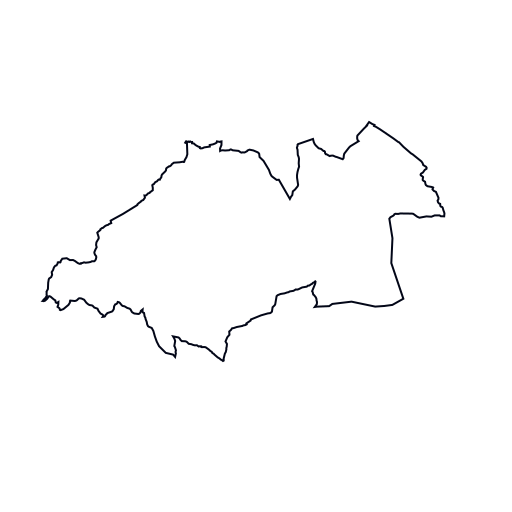 Juan N. Méndez, Puebla, Mexico (Mercator projection), rotated 136°
{"feature_id": "50627088B59509159162106", "entity_name": "Juan N. Méndez", "entity_type": "district", "adm_level": 2, "iso_a3": "MEX", "parent_name": "Mexico", "parent_adm1": "Puebla", "projection": "mercator", "projection_center": [-97.745, 18.541], "detail": "fine", "context": "isolated", "style": "outline", "palette": "ink", "viewbox_px": 512, "rotation_deg": 136, "n_neighbors": 0, "source": "geoboundaries", "source_scale": "gbopen_adm2", "svg_char_len": 6106}
<svg xmlns="http://www.w3.org/2000/svg" viewBox="0 0 512 512"><g transform="rotate(136 256 256)"><path d="M440.7,371.8L440.1,371.0L438.8,370.4L436.0,370.3L433.5,370.8L432.7,370.8L432.3,370.2L432.0,369.4L431.6,365.2L431.2,363.5L432.3,361.7L431.9,360.6L430.1,360.2L432.1,358.3L434.1,357.3L433.7,355.1L434.0,354.1L434.5,353.5L434.2,352.8L431.4,351.6L424.9,351.1L422.5,351.7L421.1,352.4L421.1,352.8L420.6,353.0L417.6,349.5L416.6,348.9L415.5,348.6L413.0,348.6L412.2,348.1L411.1,346.7L410.0,343.9L410.5,340.4L410.3,338.1L409.9,336.5L408.4,334.5L408.1,333.8L408.1,331.2L406.6,328.2L407.4,326.0L407.8,322.5L407.2,320.8L407.1,319.6L407.6,318.9L408.5,318.7L407.0,317.6L406.3,317.6L404.8,318.2L404.1,318.0L402.6,318.2L398.2,316.1L397.1,316.1L395.2,316.6L393.0,318.4L390.9,319.0L389.6,318.4L388.4,318.5L387.4,319.0L386.7,318.0L386.5,317.0L386.8,313.7L386.6,312.7L385.5,311.1L384.7,308.1L383.5,305.9L383.4,304.6L384.1,302.2L384.1,301.3L383.5,299.2L380.9,296.0L380.1,295.6L378.4,295.6L377.0,296.5L374.7,296.3L376.0,295.2L376.6,294.1L376.1,292.8L378.1,289.9L378.5,288.4L379.2,287.4L380.4,284.5L381.8,282.4L382.4,280.6L382.3,279.7L381.0,276.7L381.9,273.4L384.6,268.4L386.9,263.3L388.4,258.4L388.2,249.0L384.1,242.6L384.3,239.6L381.3,241.6L380.6,242.8L379.1,243.8L377.6,246.8L377.3,248.0L373.2,251.0L372.2,253.1L371.5,255.8L368.3,251.2L368.2,249.7L368.6,248.1L368.5,246.3L366.2,243.9L365.7,243.1L365.4,242.1L365.4,239.6L363.8,237.5L363.0,235.7L362.1,234.3L360.5,232.8L360.1,230.7L359.1,230.1L358.2,229.1L358.6,228.7L358.4,228.2L356.2,226.2L355.6,225.3L354.9,221.5L354.8,219.2L354.4,217.9L354.8,216.4L354.3,215.1L354.4,214.1L354.0,209.7L353.4,207.6L353.3,205.9L352.9,205.0L352.7,203.4L351.9,203.2L350.5,204.7L346.2,207.4L344.5,207.9L342.2,209.4L341.3,210.4L340.1,211.1L338.0,212.9L337.3,215.7L333.1,217.5L329.8,217.8L327.7,220.3L325.5,220.2L323.4,220.6L322.2,219.7L319.2,218.3L314.3,215.1L313.4,214.9L311.6,213.7L310.2,213.3L309.8,214.2L304.7,213.3L303.8,213.9L293.6,209.8L287.4,206.5L285.5,205.1L284.6,204.9L283.2,204.9L279.7,207.6L276.7,207.6L275.6,208.0L269.1,212.8L267.7,212.8L264.7,211.6L261.4,209.3L258.8,208.1L257.8,207.4L256.4,207.1L253.2,204.9L250.6,204.3L249.8,203.3L248.6,202.6L244.6,201.3L240.8,198.7L239.2,198.6L238.3,197.8L237.5,197.6L236.3,197.5L235.4,197.1L233.5,197.1L232.4,196.6L231.2,196.7L230.2,196.3L230.9,196.3L232.6,195.0L240.1,191.7L240.3,190.7L241.6,188.5L241.4,187.5L241.7,184.7L242.3,183.2L243.3,182.0L244.1,180.5L245.7,179.1L249.1,178.5L247.3,177.2L238.2,169.1L234.4,168.5L219.0,156.8L205.4,136.8L198.4,130.9L191.9,126.1L179.7,122.9L163.6,156.9L145.5,174.0L134.2,190.2L132.3,190.5L129.4,189.7L128.5,189.6L127.5,189.9L126.5,189.6L124.5,187.5L122.7,186.4L114.4,178.2L113.6,177.1L112.7,172.1L111.8,170.0L105.9,166.1L102.5,162.4L99.3,161.1L95.7,157.6L95.5,156.3L93.1,153.8L90.9,155.7L90.2,156.9L89.5,158.6L88.1,161.2L88.1,162.0L88.7,163.1L88.6,164.0L87.3,165.6L87.9,166.8L87.7,168.3L86.9,169.7L85.4,170.1L84.3,171.1L82.0,177.2L82.8,179.1L82.8,181.3L82.2,181.7L81.0,182.1L81.0,182.4L81.8,183.8L84.2,187.1L84.5,189.0L84.1,190.1L82.8,192.0L83.3,193.8L83.3,194.8L82.8,195.4L81.1,196.6L80.9,197.0L81.4,199.5L81.2,200.1L80.2,200.6L77.9,200.1L74.8,200.7L72.8,200.3L72.0,200.9L71.7,202.0L72.5,205.3L71.7,206.9L71.3,209.1L72.7,220.3L73.2,222.1L74.1,232.1L74.1,238.5L74.5,239.2L75.5,245.2L78.8,261.0L80.0,265.7L80.8,267.5L79.7,268.0L80.6,269.9L81.6,273.8L86.0,273.0L85.9,272.7L89.8,272.7L99.4,272.2L100.5,271.4L101.7,270.1L102.4,268.7L102.4,267.3L111.8,269.4L113.7,269.4L121.4,268.3L123.0,267.3L125.0,265.6L126.4,265.4L129.2,271.2L129.8,272.1L130.9,274.8L132.4,276.1L133.6,276.7L134.6,280.2L135.1,280.8L134.8,282.1L134.0,283.1L133.9,284.0L134.5,284.6L134.8,287.8L136.1,290.0L136.2,294.2L135.9,296.2L135.2,298.0L133.7,300.6L148.1,307.3L149.0,307.1L149.5,306.4L151.2,305.6L151.6,305.1L152.3,303.6L155.7,299.7L156.6,297.5L157.6,296.0L160.9,293.0L163.0,290.3L165.0,289.3L167.8,287.6L170.3,285.7L172.1,283.8L176.3,277.9L177.6,277.2L181.9,276.7L184.6,276.9L187.6,274.6L189.7,274.3L192.0,273.5L186.6,295.0L188.3,296.4L189.2,301.9L189.2,303.0L188.5,305.4L186.9,308.9L184.5,319.2L184.7,324.7L182.8,327.2L182.6,327.9L182.7,329.3L184.6,333.8L186.8,337.0L188.8,337.8L189.5,337.6L191.7,338.2L192.4,338.5L193.9,340.1L194.5,340.3L195.0,341.2L195.5,343.7L199.3,348.2L200.0,350.1L200.4,350.4L201.8,350.7L205.0,353.4L206.5,355.2L208.0,356.3L208.8,356.5L207.2,358.3L203.8,359.8L201.2,362.4L202.2,363.1L202.8,363.2L204.5,365.6L205.7,364.9L207.2,365.3L209.4,366.2L212.2,368.0L213.2,366.8L217.8,370.1L219.6,370.7L221.1,371.8L221.4,372.6L220.7,373.5L221.4,374.4L222.1,376.6L222.4,377.8L222.6,380.2L223.7,381.5L222.8,382.4L223.4,382.9L223.8,384.2L224.7,384.3L225.1,385.3L226.6,385.4L226.3,386.7L226.7,387.1L228.2,386.7L227.5,384.9L234.7,376.9L237.4,375.4L240.4,374.6L242.3,373.6L242.8,373.9L243.1,374.6L245.9,376.5L250.3,380.2L252.8,380.5L254.0,380.2L255.1,380.3L255.9,380.5L256.2,380.9L259.2,381.4L260.0,381.2L261.2,380.2L262.4,379.9L267.0,379.9L268.0,379.5L269.6,378.3L270.9,378.2L272.2,377.7L272.9,378.6L273.5,378.7L275.3,378.5L277.2,379.1L279.6,378.7L280.7,379.1L281.4,379.0L282.9,376.7L284.6,375.0L288.2,375.5L288.7,375.3L290.2,376.0L292.7,375.9L293.7,376.4L294.2,377.0L295.4,375.1L298.2,374.6L300.2,375.3L300.9,375.1L303.8,375.5L305.5,375.5L306.0,375.1L322.5,378.7L336.0,382.4L337.3,380.2L339.5,381.1L340.6,381.1L342.3,382.0L343.9,382.4L346.7,382.6L347.4,383.1L349.5,383.3L350.0,382.8L352.9,383.1L354.0,383.0L356.1,378.8L357.0,377.9L361.3,376.7L363.4,375.0L364.5,373.0L367.2,372.1L369.7,371.0L370.3,370.2L370.9,368.8L371.1,366.9L371.9,365.9L373.7,364.8L375.0,364.5L376.0,364.6L377.7,366.2L379.1,366.6L381.0,367.8L383.3,369.6L384.1,370.9L385.8,371.6L386.9,372.4L387.3,372.1L388.3,372.9L389.1,374.7L389.7,378.2L390.4,380.2L392.7,382.3L393.7,385.9L397.2,388.6L399.8,388.1L400.8,387.4L401.4,387.4L402.2,388.6L403.0,389.1L403.7,388.5L406.0,387.8L407.1,388.4L408.5,388.3L409.8,387.9L411.6,386.9L414.2,386.3L415.7,384.1L418.0,383.1L420.5,383.5L421.4,383.1L424.0,381.2L428.6,376.8L431.6,375.8L432.0,375.1L433.4,373.8L433.8,372.9L436.4,372.1L439.5,372.1L440.1,371.8L440.7,371.8Z" fill="none" stroke="#020617" stroke-width="2"/></g></svg>